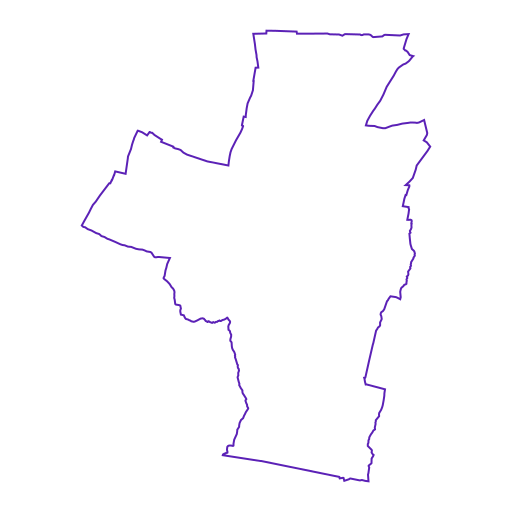 Bang Phli, Samut Prakan, Thailand
{"feature_id": "78962969B84891399333376", "entity_name": "Bang Phli", "entity_type": "district", "adm_level": 2, "iso_a3": "THA", "parent_name": "Thailand", "parent_adm1": "Samut Prakan", "projection": "albers", "projection_center": [100.716, 13.615], "detail": "fine", "context": "isolated", "style": "outline", "palette": "violet", "viewbox_px": 512, "rotation_deg": 0, "n_neighbors": 0, "source": "geoboundaries", "source_scale": "gbopen_adm2", "svg_char_len": 6043}
<svg xmlns="http://www.w3.org/2000/svg" viewBox="0 0 512 512"><path d="M385.0,389.3L366.4,384.4L365.7,384.5L365.0,381.9L364.5,378.8L364.2,377.8L365.2,377.7L365.4,377.3L369.1,360.7L372.8,344.7L373.3,343.1L376.1,330.6L377.3,328.9L378.0,327.5L379.5,326.4L380.1,325.3L380.1,322.4L381.5,319.6L381.7,318.9L381.3,316.2L380.6,314.6L380.8,313.2L381.3,312.2L382.9,311.1L384.2,309.3L387.0,301.2L387.8,300.4L388.7,298.7L390.5,296.3L395.9,297.1L397.3,297.7L400.2,299.2L400.7,297.2L400.2,291.9L400.6,289.9L401.1,288.3L401.5,287.7L403.3,286.2L404.3,284.8L405.8,284.3L406.4,283.8L406.5,282.0L406.8,280.7L406.5,279.6L406.6,279.2L407.3,278.0L406.8,276.5L408.0,275.5L408.4,274.2L408.1,271.6L410.4,268.4L410.1,267.0L411.0,265.8L410.7,264.5L411.1,263.2L411.1,262.2L413.4,258.5L413.5,257.6L414.8,255.7L414.6,254.4L414.9,253.5L414.3,251.4L413.8,250.7L411.9,249.0L410.7,245.1L410.4,243.9L409.8,238.3L409.4,233.6L410.5,232.7L410.0,231.5L409.9,230.8L410.8,229.5L411.5,227.7L411.4,224.7L411.7,223.8L411.3,223.4L411.7,221.5L411.6,220.4L411.4,220.1L410.4,219.7L408.7,219.9L407.3,219.8L408.5,213.8L409.1,209.3L408.6,208.3L408.6,207.1L402.8,206.2L404.4,198.6L405.6,195.0L406.3,195.1L407.8,190.1L409.3,186.6L409.4,185.8L409.3,185.3L405.7,185.1L409.5,181.6L412.8,178.0L415.7,169.7L416.7,165.5L427.5,150.9L430.2,146.6L426.8,142.3L423.7,140.4L426.8,135.1L427.2,133.5L427.2,132.8L424.1,120.0L419.2,122.4L418.1,122.7L416.9,122.9L415.0,122.6L410.5,122.5L408.1,122.9L402.3,123.6L397.2,124.9L392.3,125.6L390.3,126.3L385.3,128.2L382.9,128.2L377.5,127.1L374.6,126.0L369.0,125.8L365.9,125.4L367.3,120.8L370.1,115.7L373.3,110.7L374.8,108.7L377.4,104.6L380.2,100.8L383.4,94.6L386.7,86.8L393.7,75.7L396.0,71.4L397.5,69.0L398.8,67.6L402.6,64.9L403.4,64.4L405.6,63.6L408.3,61.6L409.2,60.8L412.6,56.6L413.2,56.1L409.7,55.1L407.6,51.9L406.0,50.6L405.3,50.5L403.7,48.8L403.8,48.1L406.5,39.1L408.6,34.1L403.6,34.4L400.1,35.5L385.0,34.8L383.9,35.2L382.4,36.4L373.4,37.1L372.7,36.9L370.5,34.9L368.7,34.4L363.8,34.4L362.5,35.0L361.5,35.1L360.9,35.0L360.1,34.5L345.2,34.1L344.6,34.3L342.4,35.7L339.1,34.5L329.8,34.3L327.3,33.5L322.7,33.6L297.0,33.7L296.6,31.6L275.2,30.8L266.5,30.7L266.3,33.5L253.3,33.8L254.9,44.0L255.5,49.3L256.5,55.0L256.6,57.2L257.5,61.5L258.3,67.6L255.6,67.7L253.3,80.9L253.7,81.0L252.9,90.3L251.1,95.8L250.2,97.4L247.6,103.4L246.7,108.1L245.8,114.9L245.7,117.0L243.7,116.6L241.9,125.3L242.0,125.5L243.0,125.9L243.1,126.1L242.0,129.2L240.4,132.7L236.0,140.3L231.6,149.1L230.5,152.3L229.7,156.1L228.9,161.1L228.4,165.5L207.3,161.4L187.0,154.6L183.4,152.6L180.6,150.0L178.2,149.1L175.1,148.4L173.3,147.5L173.4,146.7L173.2,146.6L161.1,141.8L162.0,139.7L160.4,138.8L154.5,135.0L152.2,132.8L151.2,132.8L149.8,132.0L149.6,132.0L147.1,135.4L142.2,132.3L138.3,130.8L137.7,130.7L134.2,138.0L133.8,139.5L133.1,141.3L132.0,144.8L131.0,149.0L128.0,156.5L127.8,158.5L125.6,173.8L115.2,171.4L114.1,175.2L113.9,175.2L112.4,179.2L111.9,180.3L111.7,180.2L110.3,183.3L109.5,183.2L109.2,183.3L100.0,195.4L95.7,201.7L92.9,204.9L90.8,208.9L89.0,212.6L84.3,220.9L81.8,225.5L83.3,226.9L85.2,227.3L87.7,229.1L91.5,230.5L96.2,233.1L99.1,234.0L100.0,234.7L101.0,235.7L101.5,236.1L104.5,237.0L107.4,238.8L109.3,239.4L115.2,241.9L120.4,244.3L122.5,245.0L124.7,245.3L127.9,246.6L131.2,246.9L136.0,248.8L139.1,249.4L142.4,249.6L144.6,250.4L146.7,251.4L150.4,252.0L151.5,252.7L153.9,256.4L154.3,256.9L154.9,257.2L156.0,257.3L157.8,257.0L159.1,257.0L169.9,258.0L167.2,264.0L166.3,267.9L165.5,270.4L164.6,275.9L163.7,277.6L163.6,278.3L164.2,279.0L167.1,281.3L168.8,283.1L169.7,284.1L171.6,287.2L173.0,288.5L173.5,289.3L174.2,290.6L174.5,292.1L174.3,294.1L174.4,296.1L174.2,297.9L174.7,299.8L175.2,303.8L175.5,304.3L176.0,304.6L178.6,305.0L179.8,305.3L180.3,305.7L180.9,308.6L180.3,310.1L180.3,311.7L180.9,314.6L183.8,315.3L184.9,317.7L185.8,318.9L188.2,319.6L189.4,320.3L190.4,320.6L191.3,321.3L193.7,321.8L194.7,321.6L197.3,320.4L200.6,318.6L202.7,318.3L204.0,318.8L204.3,319.3L205.0,319.9L205.7,321.0L206.8,321.4L207.4,322.0L207.7,322.0L208.3,321.3L208.7,321.2L209.8,322.0L212.1,322.9L213.2,322.1L214.5,322.7L214.8,322.7L215.9,321.9L217.2,321.8L218.1,321.0L218.7,321.0L219.4,320.5L220.3,321.0L220.9,321.0L222.5,320.0L223.9,319.7L225.6,318.9L227.1,317.7L227.4,317.7L228.5,319.6L229.8,321.0L230.1,321.8L230.0,322.6L229.7,323.4L228.8,324.8L228.3,326.4L228.5,329.8L229.6,330.7L230.0,331.3L230.2,332.8L231.2,334.7L231.1,336.7L230.4,339.1L230.3,340.5L230.5,341.1L231.3,341.9L231.6,342.6L231.8,346.1L232.1,348.0L232.8,349.8L234.1,351.7L234.5,352.6L235.2,354.8L234.9,355.7L235.2,356.4L235.0,357.3L235.7,359.1L237.3,364.4L237.9,365.1L237.7,366.4L237.9,367.8L238.8,369.1L238.8,370.0L239.0,370.7L238.2,372.9L238.3,375.5L237.8,376.5L237.6,377.4L238.7,381.7L239.4,383.8L239.2,385.1L240.8,388.1L242.4,390.4L242.4,392.0L242.8,393.5L243.5,394.4L246.2,398.7L246.3,399.3L245.5,400.3L245.5,400.9L246.4,403.5L247.0,404.5L247.2,406.5L248.0,407.7L248.2,408.3L247.9,409.1L245.8,412.2L245.0,414.0L244.1,415.6L243.1,418.2L241.0,420.0L239.6,423.0L239.2,425.2L239.1,426.9L237.3,429.7L237.2,431.4L236.8,434.0L234.2,439.7L233.5,443.7L233.5,445.4L233.4,445.7L233.1,445.9L232.6,445.9L231.0,445.5L229.7,445.5L228.6,445.7L227.9,446.1L227.3,446.9L227.0,449.3L227.0,449.9L227.5,452.0L227.4,452.7L226.9,452.9L226.1,452.9L225.7,453.4L225.1,453.4L224.1,453.8L223.0,454.5L222.8,455.2L260.4,461.0L261.2,461.0L339.2,476.9L339.5,477.2L339.6,478.1L339.7,478.4L343.0,477.8L343.5,477.9L344.3,480.8L348.9,479.3L349.9,478.6L350.4,478.5L359.3,480.3L360.0,480.4L361.9,480.0L365.3,480.9L368.5,481.3L368.0,474.6L368.4,473.2L369.2,467.5L368.6,465.9L369.1,465.2L370.9,463.8L371.5,463.1L371.6,458.7L372.1,457.7L373.0,456.4L373.6,455.0L372.9,454.5L371.6,452.5L371.9,450.5L371.6,449.8L367.8,446.0L367.8,444.1L368.4,442.8L368.5,440.3L369.2,439.0L369.2,437.9L369.5,436.9L370.9,434.4L372.3,432.5L373.4,430.5L375.0,429.4L374.8,427.5L375.6,423.9L375.4,422.7L375.8,421.5L375.8,420.2L379.1,416.2L379.1,415.7L379.0,414.3L379.2,413.0L381.1,409.9L382.1,407.4L382.7,405.4L383.6,400.5L384.3,395.8L384.4,393.3L385.0,389.3Z" fill="none" stroke="#5b21b6" stroke-width="2"/></svg>